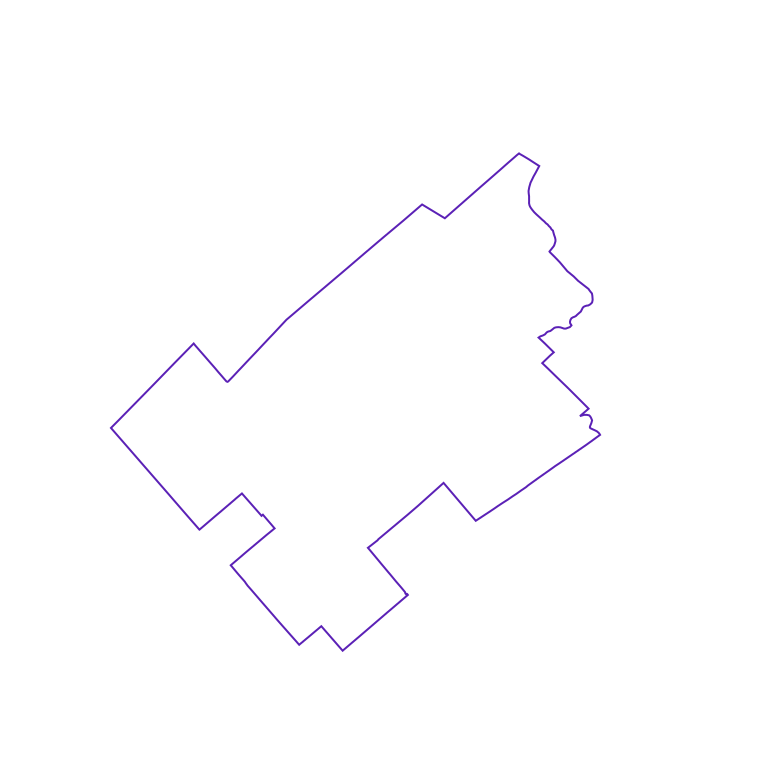 Gheorghe Doja, Ialomita, Romania, rotated 211°
{"feature_id": "2599482B31175002278659", "entity_name": "Gheorghe Doja", "entity_type": "district", "adm_level": 2, "iso_a3": "ROU", "parent_name": "Romania", "parent_adm1": "Ialomita", "projection": "natural_earth1", "projection_center": [27.18, 44.644], "detail": "fine", "context": "isolated", "style": "outline", "palette": "violet", "viewbox_px": 768, "rotation_deg": 211, "n_neighbors": 0, "source": "geoboundaries", "source_scale": "gbopen_adm2", "svg_char_len": 3250}
<svg xmlns="http://www.w3.org/2000/svg" viewBox="0 0 768 768"><g transform="rotate(211 384 384)"><path d="M386.4,651.1L386.7,651.2L387.0,651.2L387.9,648.8L388.1,648.2L388.7,646.3L391.7,637.1L393.0,633.0L393.7,630.7L398.8,614.8L402.7,602.8L417.2,557.4L443.8,557.5L451.7,533.6L460.0,509.6L467.8,486.5L476.4,460.7L480.5,448.6L483.2,440.6L490.5,419.2L498.9,394.2L500.7,388.9L504.8,369.7L506.0,364.5L510.0,346.0L512.3,335.7L512.4,335.2L512.6,334.2L512.8,333.4L513.5,330.2L513.6,329.7L514.6,325.1L515.4,321.5L515.5,321.1L517.3,312.6L518.0,309.6L518.7,306.6L518.8,306.1L519.2,305.3L520.0,305.1L520.5,305.1L523.9,306.2L526.9,307.2L532.2,308.9L536.8,310.5L542.7,312.4L551.0,315.1L558.5,317.5L563.4,319.1L565.3,319.7L568.0,320.7L568.2,319.8L574.4,293.9L581.1,265.3L593.0,215.4L595.4,205.7L511.5,178.5L503.0,175.7L484.3,169.6L467.2,164.1L467.1,164.3L462.8,177.2L460.6,183.8L458.1,191.1L452.3,208.4L452.2,208.9L449.4,217.0L422.2,208.3L421.1,207.9L420.5,209.6L403.4,203.9L407.0,193.9L407.1,193.6L415.7,168.6L422.0,149.7L412.1,146.3L409.1,145.3L406.9,144.6L403.7,143.6L401.6,142.9L400.9,142.6L400.3,142.3L399.7,142.0L398.2,141.4L397.1,140.9L393.6,139.8L391.1,139.0L390.2,138.7L378.7,134.9L358.5,128.3L355.5,127.3L351.8,126.1L322.4,116.8L314.9,138.5L313.0,144.1L282.1,134.1L272.6,162.4L263.5,189.9L254.9,215.5L255.9,215.9L256.3,215.9L256.6,215.1L257.7,215.4L258.9,216.5L264.0,218.3L272.2,221.0L280.4,223.9L283.7,225.0L294.7,228.8L306.4,232.9L311.0,234.5L313.4,235.3L309.0,246.8L308.9,248.0L296.4,284.1L292.2,296.8L282.0,329.9L234.9,314.0L227.3,329.8L225.1,334.5L223.4,338.3L221.1,343.1L218.3,348.7L215.9,354.0L214.0,357.9L211.6,363.4L209.1,368.8L208.3,371.2L203.2,383.1L200.5,389.2L195.8,399.9L195.1,401.6L192.9,406.2L181.6,430.9L179.1,436.4L174.3,447.7L172.6,451.7L173.7,452.3L175.1,452.8L176.1,452.9L177.1,453.1L179.6,452.9L182.2,452.6L184.4,452.4L185.2,452.9L185.6,453.7L185.8,455.1L186.1,457.1L186.6,458.9L186.9,460.0L188.9,461.5L190.5,462.4L192.0,462.8L194.3,462.0L196.7,460.5L199.5,457.4L195.9,468.2L196.9,468.5L224.2,475.3L243.1,479.7L251.1,481.6L259.1,483.4L256.3,493.8L254.8,498.6L255.2,498.7L266.7,501.5L275.4,503.4L274.5,505.4L272.9,507.3L271.6,509.4L271.1,512.1L270.3,513.5L268.8,515.0L268.3,516.1L266.9,519.9L265.7,521.2L263.9,522.5L262.0,523.4L259.8,523.9L258.3,524.2L256.7,525.1L255.6,526.5L254.0,528.5L253.5,530.8L254.5,531.4L255.2,531.6L256.0,532.2L256.7,533.3L257.2,535.0L257.2,536.9L256.3,538.6L255.3,539.8L254.5,541.2L254.1,542.9L252.6,547.5L252.8,550.3L252.9,551.5L252.7,552.7L252.2,553.7L250.8,555.4L249.3,556.6L248.2,558.6L247.6,561.0L248.3,563.1L248.7,563.9L250.9,567.0L252.4,568.7L254.4,569.4L256.4,570.2L257.6,570.8L270.7,572.4L276.8,573.9L284.9,575.1L296.0,578.9L303.0,580.8L309.2,582.3L309.9,582.5L310.4,582.8L309.5,589.4L309.6,590.9L310.1,593.0L310.6,594.8L311.5,596.2L312.8,597.6L315.1,599.5L317.1,601.4L318.2,602.5L320.0,602.8L322.1,603.9L324.0,604.3L325.9,605.0L328.0,605.2L330.4,605.9L333.0,606.3L336.2,607.0L340.8,607.9L343.7,608.6L346.8,609.7L348.9,610.6L350.2,611.3L351.3,612.1L352.8,613.7L353.8,615.5L355.1,617.6L356.3,619.6L358.2,622.0L359.5,623.9L360.9,627.6L362.1,632.1L362.3,634.6L362.7,638.9L362.8,642.7L363.2,650.8L370.0,651.0L375.6,651.2L382.2,651.2L386.4,651.1Z" fill="none" stroke="#5b21b6" stroke-width="2"/></g></svg>